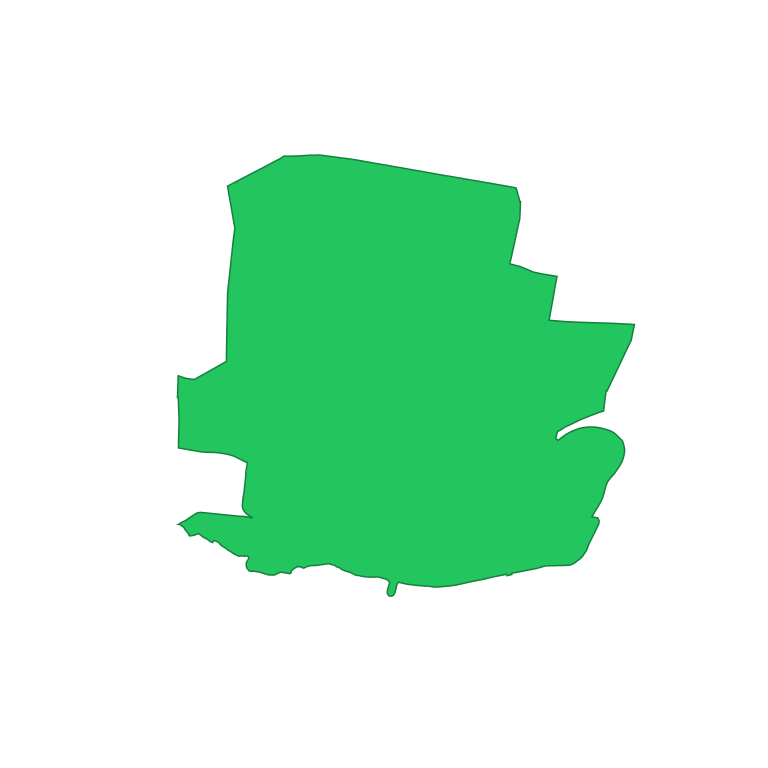 the district of Comuna 14, Ciudad de Buenos Aires, Argentina, rotated 151°
{"feature_id": "61730980B11409583290546", "entity_name": "Comuna 14", "entity_type": "district", "adm_level": 2, "iso_a3": "ARG", "parent_name": "Argentina", "parent_adm1": "Ciudad de Buenos Aires", "projection": "albers", "projection_center": [-58.419, -34.574], "detail": "fine", "context": "isolated", "style": "filled", "palette": "green", "viewbox_px": 768, "rotation_deg": 151, "n_neighbors": 0, "source": "geoboundaries", "source_scale": "gbopen_adm2", "svg_char_len": 5703}
<svg xmlns="http://www.w3.org/2000/svg" viewBox="0 0 768 768"><g transform="rotate(151 384 384)"><path d="M176.3,477.2L176.7,477.4L173.4,491.4L175.2,493.0L184.8,500.8L203.0,515.5L205.7,517.6L213.9,524.2L220.6,529.6L227.3,535.0L228.4,535.7L230.5,537.5L232.3,538.9L240.4,545.5L248.7,552.3L249.9,553.2L256.2,558.3L264.5,565.0L266.5,566.6L272.5,571.5L282.0,579.1L292.0,587.2L300.1,593.8L302.1,595.3L308.3,600.0L308.5,600.1L309.9,601.1L319.3,608.1L328.6,615.0L329.3,615.5L335.5,618.7L337.3,619.8L347.7,624.6L359.1,630.6L360.6,631.8L365.1,631.5L366.0,631.5L374.4,631.7L386.2,631.9L388.5,632.0L399.2,632.3L412.1,632.6L423.5,632.9L424.9,633.0L429.1,620.9L433.2,609.0L436.9,598.5L438.9,592.6L446.6,582.2L452.2,574.2L455.8,569.1L456.4,568.2L457.0,567.4L466.9,553.3L476.6,539.6L481.7,530.8L485.8,523.7L493.6,510.2L494.5,508.7L498.1,502.5L508.8,483.9L510.8,480.2L517.9,480.1L529.5,480.0L546.9,479.9L547.7,479.9L552.9,483.7L554.1,484.7L554.9,485.3L560.0,491.0L565.3,482.1L571.1,472.5L570.3,472.3L581.2,450.9L582.5,448.7L591.6,433.3L593.1,430.7L594.8,427.7L583.1,418.3L577.1,413.5L573.1,410.8L565.3,406.2L560.3,402.7L554.7,398.2L550.3,393.8L543.7,384.1L541.6,381.3L542.8,379.8L547.0,374.7L549.5,370.6L559.0,357.1L562.1,353.3L565.7,348.1L567.2,345.9L567.9,343.3L568.0,341.6L567.8,339.5L567.4,337.6L566.4,335.2L563.6,330.5L570.5,335.9L571.1,336.4L575.3,338.9L579.0,341.5L606.6,360.6L610.0,361.9L614.3,361.7L624.1,360.8L627.7,361.1L631.9,360.9L630.9,360.2L630.2,359.4L629.6,357.9L628.8,356.4L628.5,354.3L628.7,353.4L628.3,352.0L628.2,350.6L627.7,348.9L627.7,347.9L627.9,345.9L627.8,345.6L626.8,344.9L623.1,343.7L620.5,343.4L619.0,343.2L618.3,342.3L617.6,340.8L616.9,338.8L615.4,336.1L614.5,335.0L613.6,333.4L613.0,331.9L612.4,330.6L611.6,329.4L610.6,328.4L610.1,329.0L609.1,329.5L608.1,329.0L607.4,328.3L606.5,327.2L605.5,325.4L605.2,324.4L605.0,323.2L604.7,321.8L603.0,318.7L601.8,316.4L601.0,314.3L599.8,312.5L597.2,307.5L595.5,305.3L594.6,303.9L593.7,303.4L592.6,303.0L591.5,302.5L590.3,301.5L589.2,300.9L588.4,300.6L587.8,300.4L586.8,299.6L586.3,297.7L586.6,297.2L587.3,296.7L588.8,295.9L590.2,295.1L590.8,294.6L591.7,293.5L592.4,292.1L592.8,290.9L593.1,289.1L592.9,287.9L592.7,286.3L592.1,285.4L591.7,285.2L591.1,284.7L590.3,284.2L589.4,283.7L588.6,283.4L587.4,282.4L585.8,281.1L584.4,280.2L583.6,279.3L582.1,277.7L581.0,276.6L579.4,274.9L578.3,273.7L577.2,272.8L575.2,271.6L573.0,270.3L571.5,270.0L569.5,269.8L568.7,269.8L566.9,269.8L564.3,268.8L563.3,267.7L562.7,267.1L562.2,266.8L561.3,266.2L560.1,265.3L558.7,264.0L557.6,263.7L556.6,264.2L556.1,265.1L555.0,265.5L552.1,266.2L548.7,266.2L547.6,266.0L546.8,265.2L545.8,264.5L544.8,263.8L544.3,262.5L543.1,261.8L541.5,261.8L538.9,261.4L536.0,260.6L532.9,259.0L529.9,257.5L527.3,256.7L524.9,255.8L523.2,255.1L519.9,253.9L518.8,253.0L518.4,252.4L516.6,250.8L515.5,249.8L514.7,248.4L514.0,247.0L513.0,246.0L512.0,244.8L511.4,243.4L510.5,241.7L509.5,240.5L507.8,238.5L504.3,235.0L503.7,233.9L503.0,232.9L502.4,231.9L501.4,230.5L499.7,229.2L498.4,228.3L497.2,227.0L495.4,225.6L493.0,223.9L490.2,222.0L488.6,221.1L486.3,220.1L484.9,219.1L483.4,218.7L476.5,212.0L476.0,211.1L475.6,210.0L475.4,208.5L475.6,207.1L476.4,206.4L478.0,205.0L480.8,202.1L482.2,200.0L482.5,199.3L482.6,198.1L482.6,197.1L482.3,196.4L482.0,195.8L480.8,195.1L480.0,194.7L479.2,194.6L478.1,194.7L477.0,195.3L475.7,196.0L474.2,197.7L471.8,200.2L470.3,201.9L469.5,202.7L468.5,203.4L467.1,203.3L466.4,202.6L464.7,201.1L462.0,198.7L459.8,196.9L458.1,195.7L455.0,193.4L453.1,192.0L451.1,190.8L449.5,189.7L447.6,188.4L446.3,187.4L444.3,186.5L442.3,184.9L440.3,183.5L438.2,181.8L436.3,180.9L433.6,179.6L431.2,178.4L429.7,177.9L426.9,176.6L424.5,175.6L422.5,174.8L418.9,173.3L415.9,172.5L413.7,171.8L410.6,170.9L405.5,169.4L401.0,168.0L396.8,166.7L391.6,164.9L383.2,162.7L369.0,158.1L369.3,156.7L364.6,155.4L364.1,156.5L363.9,156.6L362.7,156.1L340.7,148.9L330.9,146.6L329.6,146.0L326.1,144.1L315.8,138.7L313.8,137.6L313.2,137.3L310.0,135.8L307.8,135.2L304.7,135.0L296.8,136.1L294.0,137.0L287.9,140.1L286.5,141.1L282.2,144.8L272.3,151.6L263.9,157.5L262.1,160.2L261.9,163.2L266.6,167.1L257.3,172.4L255.9,173.1L254.9,173.8L252.6,175.2L250.3,176.7L248.0,178.5L245.4,180.9L244.1,182.2L242.5,184.0L240.5,186.1L238.5,188.0L237.0,189.2L235.3,190.3L232.8,191.5L229.6,192.7L225.5,194.1L222.6,195.6L219.2,197.3L216.6,198.7L213.8,200.5L211.3,202.6L209.1,204.8L207.2,207.1L205.9,208.9L205.0,210.8L204.2,213.2L203.5,216.1L203.1,217.9L203.0,218.7L203.5,220.2L203.8,221.0L204.1,222.4L204.6,224.1L205.3,226.4L206.1,228.7L206.8,230.3L207.8,231.9L209.5,234.2L210.9,235.7L212.3,237.1L213.7,238.5L216.1,240.7L217.8,242.1L219.8,243.6L221.8,244.9L224.6,246.5L226.6,247.5L228.5,248.3L230.5,249.1L232.8,249.9L235.6,250.6L239.0,251.1L239.6,251.2L240.5,251.3L241.2,251.4L242.3,251.5L243.3,251.6L244.2,251.7L244.7,251.7L245.3,251.7L246.2,251.7L247.0,251.7L247.5,251.7L248.2,251.7L249.1,251.6L249.9,251.6L250.7,251.5L251.7,251.4L252.4,251.3L253.0,251.2L253.9,251.1L254.5,251.0L255.5,250.9L256.5,250.7L257.8,250.5L258.6,250.4L259.2,250.3L260.1,253.4L259.3,254.2L255.3,258.2L251.6,258.2L246.4,258.6L238.6,258.0L228.9,257.5L218.9,256.2L210.6,255.0L205.0,253.9L203.4,256.2L202.1,258.0L198.0,263.6L193.0,270.4L192.3,269.7L183.3,276.2L174.9,282.2L166.9,287.9L162.2,291.3L159.0,293.6L151.2,299.2L147.0,302.1L146.5,302.5L141.9,307.9L136.1,314.6L139.7,316.9L153.6,325.6L156.7,327.5L158.4,328.5L165.3,332.6L181.7,342.4L183.4,343.4L189.4,347.1L193.0,349.3L195.9,351.2L198.2,352.7L208.7,359.7L200.3,370.0L194.0,377.7L187.8,385.4L180.5,394.3L189.7,401.5L191.4,402.8L198.8,409.2L199.3,409.7L207.4,420.1L215.7,428.1L210.5,433.9L201.7,443.9L195.3,451.2L185.2,462.6L182.2,467.4L176.3,477.2Z" fill="#22c55e" stroke="#15803d" stroke-width="1.5"/></g></svg>